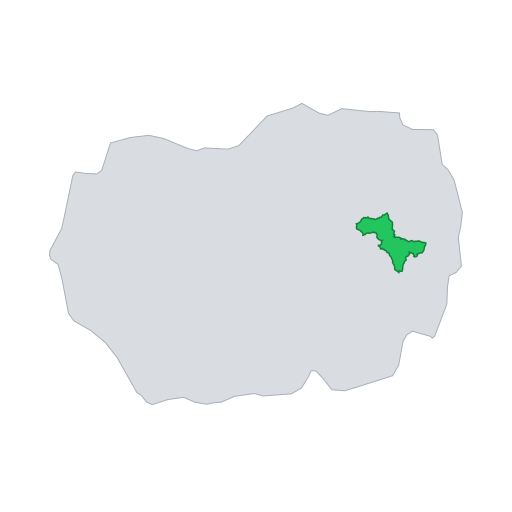 location of Drugovo, Drugovo, North Macedonia, rotated 188°
{"feature_id": "65306769B99207835594431", "entity_name": "Drugovo", "entity_type": "district", "adm_level": 2, "iso_a3": "MKD", "parent_name": "North Macedonia", "parent_adm1": "Drugovo", "projection": "mercator", "projection_center": [20.907, 41.458], "detail": "fine", "context": "in_parent", "style": "filled", "palette": "green", "viewbox_px": 512, "rotation_deg": 188, "n_neighbors": 0, "source": "geoboundaries", "source_scale": "gbopen_adm2", "svg_char_len": 2725}
<svg xmlns="http://www.w3.org/2000/svg" viewBox="0 0 512 512"><g transform="rotate(188 256 256)"><path d="M229.6,118.4L238.6,119.6L257.9,114.0L270.0,106.4L276.2,105.2L284.3,102.3L296.1,102.7L308.0,106.0L323.2,101.6L338.1,94.4L344.1,96.2L350.5,102.3L354.8,104.0L379.5,136.2L393.0,149.2L409.0,159.1L427.2,166.3L433.7,173.2L445.3,207.3L450.9,220.3L458.6,224.1L460.5,227.8L460.8,232.7L452.1,256.6L448.6,310.0L446.4,314.2L437.3,314.0L425.3,315.1L420.7,319.2L415.8,347.8L396.4,356.0L378.8,360.6L363.9,359.5L337.8,352.8L329.3,352.0L321.9,355.9L298.6,357.9L288.4,362.9L264.4,396.2L240.0,407.7L231.8,413.5L213.2,406.2L204.3,405.4L191.4,413.9L163.2,414.8L155.5,416.2L133.8,417.6L132.9,413.0L128.9,406.3L118.7,403.1L98.0,405.8L93.0,400.9L84.4,372.6L77.8,368.1L70.3,358.6L57.7,327.8L57.4,314.2L58.2,302.4L51.2,274.7L55.5,267.6L62.0,263.2L62.1,252.0L60.3,235.0L67.9,201.5L70.0,199.1L72.0,200.7L90.7,203.3L95.5,199.1L98.5,192.5L99.5,167.9L104.0,156.5L149.1,134.9L162.3,134.1L172.5,144.0L180.6,150.4L185.4,150.2L187.2,143.8L192.7,131.5L201.9,124.4L229.4,118.4L229.6,118.4Z" fill="#d9dde1" stroke="#a8b0b8" stroke-width="1"/><path d="M136.2,283.6L136.2,283.0L134.7,282.6L133.5,280.3L132.7,280.4L132.2,281.1L130.7,280.2L130.3,280.5L129.6,279.7L127.4,279.0L126.8,277.7L124.9,277.5L123.8,275.2L122.0,273.7L121.6,272.8L119.9,270.3L119.9,268.6L117.3,265.1L116.8,262.0L113.9,260.5L112.2,259.6L112.2,261.4L109.9,261.0L109.2,261.3L108.9,264.4L109.3,265.6L108.9,269.0L108.3,269.7L108.2,271.4L106.7,272.8L107.6,275.2L107.2,276.3L105.6,277.0L104.3,279.2L104.8,281.3L103.2,280.6L100.5,280.4L100.4,279.4L99.3,278.5L99.6,277.5L98.7,277.2L97.0,277.8L96.4,278.6L96.6,280.6L96.1,280.6L93.3,282.1L92.1,282.2L91.6,282.9L90.6,285.1L90.4,288.9L89.6,290.6L89.7,292.6L91.9,292.8L92.7,292.5L97.1,293.7L98.1,293.0L100.0,292.9L100.9,292.2L104.0,293.0L107.1,291.3L109.3,292.6L111.0,292.8L111.1,293.4L112.1,293.1L113.1,293.6L114.7,292.9L114.6,293.7L116.9,294.4L120.3,294.1L120.9,293.7L121.8,293.9L122.3,294.3L121.7,294.8L121.5,296.4L122.8,296.7L122.3,299.6L123.4,300.7L124.8,301.2L125.2,306.6L125.8,308.6L129.5,310.9L130.7,314.8L132.3,316.8L134.3,314.7L136.2,314.2L137.2,311.9L138.9,311.5L139.5,310.5L140.4,310.5L142.8,308.7L144.4,309.1L149.4,309.1L150.3,310.1L150.8,310.1L151.4,309.1L152.8,309.3L153.2,308.8L154.6,309.1L156.6,306.9L157.4,304.4L160.1,302.1L161.1,301.9L160.3,299.8L160.6,298.1L159.9,296.7L156.3,295.8L155.4,294.8L154.1,294.3L153.1,292.8L153.0,291.4L150.9,292.5L150.2,293.6L148.0,294.6L147.0,294.2L143.0,296.0L142.7,295.6L140.7,295.9L139.8,294.6L139.3,294.6L138.8,293.6L139.1,291.8L138.4,291.3L138.3,290.5L136.5,289.4L134.1,288.6L133.1,288.9L133.7,287.7L133.4,285.2L135.5,283.3L136.2,283.6Z" fill="#22c55e" stroke="#15803d" stroke-width="1.5"/></g></svg>